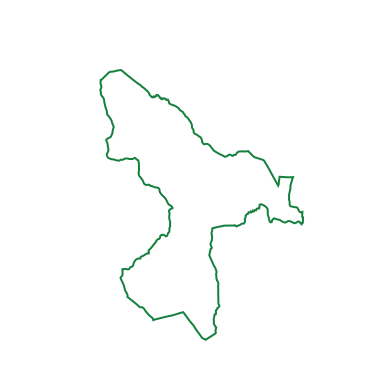 Ninh Son, Ninh Thuận, Vietnam, rotated 338°
{"feature_id": "81297802B88768197538102", "entity_name": "Ninh Son", "entity_type": "district", "adm_level": 2, "iso_a3": "VNM", "parent_name": "Vietnam", "parent_adm1": "Ninh Thuận", "projection": "equal_earth", "projection_center": [108.74, 11.71], "detail": "fine", "context": "isolated", "style": "outline", "palette": "green", "viewbox_px": 384, "rotation_deg": 338, "n_neighbors": 0, "source": "geoboundaries", "source_scale": "gbopen_adm2", "svg_char_len": 6062}
<svg xmlns="http://www.w3.org/2000/svg" viewBox="0 0 384 384"><g transform="rotate(338 192 192)"><path d="M149.2,54.0L149.0,54.7L148.2,56.2L147.9,57.1L147.7,58.0L147.6,59.9L147.4,60.5L147.2,61.0L145.2,63.1L145.1,64.6L144.3,66.6L144.2,67.4L144.2,68.6L145.0,71.2L145.1,73.0L144.3,76.3L143.7,79.9L143.5,81.7L143.3,85.4L142.4,88.3L143.3,90.9L144.1,94.8L144.1,96.4L143.8,98.3L143.9,100.4L143.8,102.3L143.6,102.7L142.1,104.4L140.1,107.8L139.3,108.6L138.9,108.9L137.7,110.2L136.9,110.6L134.8,110.7L132.4,111.2L132.1,111.4L131.7,112.6L131.9,113.8L131.9,115.1L131.0,118.3L130.7,120.1L130.3,121.7L129.6,122.8L127.2,125.0L126.8,126.0L126.8,127.8L127.0,128.6L127.5,129.5L129.4,131.2L129.9,131.7L131.5,132.3L133.0,133.8L135.8,135.5L136.6,135.7L137.8,135.4L138.2,135.4L139.5,136.1L142.9,136.0L143.5,136.2L144.7,136.7L146.2,137.9L149.2,139.1L151.3,139.0L151.8,139.1L152.2,139.4L153.1,141.5L153.7,142.1L154.0,142.6L153.9,144.0L153.3,146.0L151.4,151.1L149.5,154.7L149.1,156.6L149.2,157.8L149.9,159.5L150.7,163.4L150.7,166.3L151.1,167.2L151.9,168.1L153.2,168.7L154.7,169.0L155.0,169.2L155.8,170.7L156.0,171.0L156.9,171.4L157.8,172.3L159.3,173.7L161.5,175.0L162.2,175.5L162.5,176.0L162.8,177.2L162.4,178.7L162.2,179.6L162.2,180.4L162.4,181.2L163.1,183.7L164.7,187.4L165.1,189.1L165.5,193.9L165.8,194.9L167.6,197.5L168.0,198.9L168.0,199.4L167.8,199.8L166.1,199.7L165.4,199.8L163.7,200.6L163.5,201.0L163.3,203.1L161.4,206.8L160.8,209.0L160.6,211.4L158.8,215.7L157.2,217.6L156.7,219.3L156.0,220.4L154.5,221.1L152.6,223.1L152.1,223.4L151.5,223.5L151.1,223.2L149.6,221.0L149.3,220.8L147.1,220.4L146.2,220.9L144.7,222.9L143.8,223.2L143.0,223.0L142.6,223.0L140.8,223.8L139.2,225.2L136.9,226.3L133.1,228.6L130.1,229.8L129.7,230.3L129.3,232.1L128.8,232.8L126.8,232.1L122.9,232.9L120.7,232.9L119.9,233.2L119.2,234.3L116.6,233.4L114.9,233.6L113.5,234.3L112.3,235.2L111.1,236.4L110.2,237.7L109.1,238.7L106.7,238.6L105.0,239.8L104.4,239.9L103.6,239.8L101.8,238.6L100.7,238.1L98.4,237.6L98.0,239.3L96.5,242.8L95.4,243.8L93.9,244.4L93.6,244.9L93.5,246.7L93.8,250.4L93.8,253.0L93.2,257.6L93.2,258.6L93.7,262.8L93.4,263.9L92.8,265.0L98.6,275.3L100.3,278.9L101.4,279.7L102.6,280.2L103.0,280.6L103.8,282.2L104.2,284.6L105.7,289.3L106.3,290.7L108.2,294.2L108.3,294.8L108.1,296.3L109.6,296.3L121.0,297.9L128.1,299.1L136.1,299.8L138.9,300.2L141.6,311.0L142.8,314.6L143.5,316.4L143.9,319.6L144.8,323.5L145.6,326.2L146.3,329.4L146.7,330.9L147.5,332.1L148.8,333.4L149.2,334.1L158.9,332.3L160.5,332.0L161.3,331.6L161.7,329.6L163.8,326.5L163.3,325.9L162.9,322.2L163.8,320.4L164.4,318.2L167.0,314.2L167.4,313.9L167.9,314.3L168.5,314.1L169.0,312.9L169.6,311.1L169.8,310.8L171.4,310.1L171.9,309.2L172.4,309.3L174.4,308.3L174.7,308.0L174.8,307.5L174.6,305.6L176.2,301.5L178.1,296.3L179.8,292.3L180.9,289.2L182.0,287.1L182.3,286.3L182.4,285.2L182.1,283.8L182.1,282.7L182.5,280.5L183.1,279.2L183.4,277.6L183.7,276.9L184.5,276.0L184.9,275.2L185.2,270.8L184.7,269.0L184.3,257.2L187.8,251.9L188.9,251.6L189.5,251.2L189.4,248.7L189.7,247.1L190.3,246.3L192.4,244.1L193.8,241.1L194.2,239.9L194.3,238.8L194.5,238.0L195.0,236.9L196.6,234.9L197.2,233.3L201.2,233.8L209.4,235.3L218.6,238.9L219.3,238.9L220.2,240.5L220.7,240.6L222.1,240.4L223.9,240.6L226.0,240.1L227.0,240.2L228.4,240.7L229.9,239.5L230.3,238.9L230.4,237.6L232.5,235.1L232.8,234.1L234.1,233.3L234.7,233.2L235.5,233.3L235.8,232.8L236.2,232.7L236.9,232.0L237.8,232.7L238.5,232.6L239.0,232.9L239.2,232.6L239.6,232.6L239.6,232.4L240.2,232.9L240.5,232.9L241.0,232.4L241.1,232.9L241.8,233.1L242.0,232.9L242.3,233.1L242.9,232.3L243.4,232.6L244.1,232.4L244.6,232.9L245.7,231.8L246.8,232.0L247.2,231.9L247.6,232.2L247.7,231.9L248.6,231.9L249.7,229.3L250.8,229.1L251.5,229.3L252.2,229.9L253.8,231.6L254.8,233.1L255.4,234.5L255.7,235.9L255.3,237.5L254.0,240.7L253.7,241.9L253.7,243.1L253.0,248.0L253.1,248.9L253.5,249.5L253.9,249.7L254.8,249.7L255.3,248.5L255.7,248.3L257.8,247.2L258.6,247.3L259.2,248.1L260.8,249.3L262.7,250.6L263.5,251.5L264.4,253.0L266.1,254.7L266.9,255.2L267.5,255.3L269.9,255.0L270.7,255.1L271.4,255.5L273.2,257.0L275.2,259.4L277.0,259.5L278.7,259.1L279.9,259.3L280.6,260.1L281.0,261.9L281.5,262.9L282.2,261.9L282.8,262.2L283.0,261.7L283.5,261.5L283.8,261.0L285.5,257.0L285.3,256.8L284.9,256.7L285.0,255.9L286.9,251.8L286.0,251.8L285.6,252.0L284.5,250.8L284.2,250.0L283.9,246.7L283.5,245.7L283.1,245.3L281.9,244.8L278.0,242.1L277.7,241.1L277.9,239.9L278.8,237.9L279.0,237.0L279.0,235.7L279.3,234.8L279.7,234.3L280.5,231.9L280.8,231.2L284.7,225.4L285.3,223.7L286.1,222.4L291.2,216.0L289.4,215.5L285.4,213.8L278.9,210.7L276.0,215.8L275.2,217.4L274.3,218.4L273.4,211.6L271.8,197.7L270.6,190.1L270.4,189.5L269.6,188.6L263.3,183.4L262.6,182.6L261.8,180.9L259.4,175.1L256.9,174.5L251.9,172.4L250.7,172.1L248.9,172.2L246.9,173.6L246.4,173.8L245.9,173.8L245.3,173.4L244.8,173.2L243.7,173.8L243.1,173.7L242.7,173.3L241.5,171.8L240.7,171.4L240.2,171.3L237.5,172.0L235.4,171.5L234.6,170.2L230.8,166.0L228.4,162.8L227.7,161.7L226.0,155.7L225.5,154.6L224.4,153.3L223.9,153.0L223.3,152.7L221.3,152.4L220.9,152.2L220.7,151.9L220.1,149.3L220.1,149.0L220.6,148.1L220.7,145.5L220.0,143.6L219.5,143.4L218.4,141.3L216.5,139.1L216.0,138.3L215.9,137.5L216.7,134.7L216.2,133.1L216.2,132.5L216.5,131.2L217.0,129.7L217.1,127.6L215.7,121.3L215.5,121.0L214.7,120.0L214.5,119.5L214.2,118.1L214.1,117.1L213.5,115.1L213.5,114.5L211.4,111.4L211.2,110.7L211.3,109.9L211.1,109.5L209.6,107.0L207.4,104.7L205.8,103.4L204.4,101.8L204.1,101.3L204.3,99.8L204.5,99.4L204.5,98.8L204.2,98.1L204.2,97.5L203.8,97.4L203.8,97.2L203.3,96.8L202.6,96.9L202.4,96.1L202.2,96.0L202.0,95.4L201.8,95.4L201.5,94.9L201.2,94.8L200.9,94.5L200.0,94.4L199.6,94.8L198.7,94.7L197.9,93.3L198.2,93.0L197.6,92.7L197.4,91.0L197.0,90.4L196.7,89.4L196.0,89.4L195.5,88.7L195.1,88.9L194.8,89.5L194.6,89.7L192.6,89.9L192.4,89.8L192.3,89.0L191.7,89.2L191.1,89.6L190.8,89.5L190.2,88.9L189.1,85.9L189.1,83.7L188.0,80.8L185.8,76.6L185.1,75.7L183.7,72.6L183.3,72.4L180.9,68.6L175.8,59.5L172.0,52.4L168.3,51.4L164.3,50.9L161.0,49.9L160.1,49.9L149.9,54.1L149.2,54.0Z" fill="none" stroke="#15803d" stroke-width="2"/></g></svg>